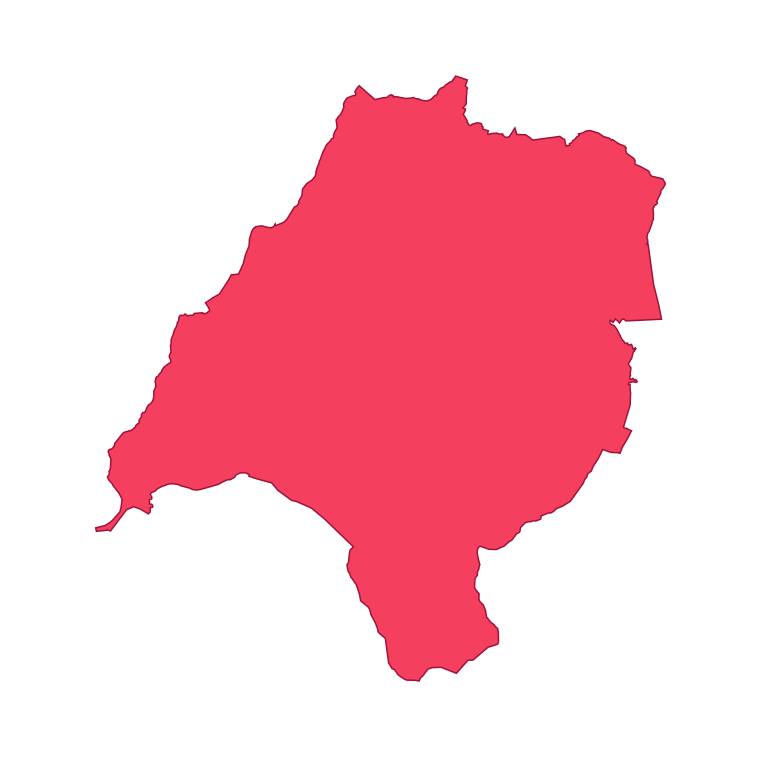 Targu Ocna, Bacau, Romania, rotated 353°
{"feature_id": "2599482B20348732028695", "entity_name": "Targu Ocna", "entity_type": "district", "adm_level": 2, "iso_a3": "ROU", "parent_name": "Romania", "parent_adm1": "Bacau", "projection": "natural_earth1", "projection_center": [26.604, 46.281], "detail": "fine", "context": "isolated", "style": "filled", "palette": "rose", "viewbox_px": 768, "rotation_deg": 353, "n_neighbors": 0, "source": "geoboundaries", "source_scale": "gbopen_adm2", "svg_char_len": 6139}
<svg xmlns="http://www.w3.org/2000/svg" viewBox="0 0 768 768"><g transform="rotate(353 384 384)"><path d="M466.2,654.2L467.2,644.7L467.0,640.4L465.2,638.6L463.7,636.0L461.3,634.0L457.7,628.3L457.3,627.0L457.2,621.3L456.3,617.8L455.5,615.3L452.7,611.7L452.0,609.3L452.8,603.8L449.6,598.7L449.1,596.5L450.7,587.9L453.3,585.3L454.0,581.6L455.6,579.2L456.3,576.5L457.1,575.2L456.1,567.1L455.9,562.2L456.5,560.2L458.0,557.5L459.3,556.9L460.8,557.2L467.9,560.8L475.2,562.0L483.6,559.5L488.9,555.8L491.8,554.6L497.4,548.8L500.0,547.9L501.0,546.7L502.0,543.1L507.0,539.1L509.8,538.4L513.8,538.5L515.8,537.8L518.0,538.5L523.1,537.2L523.9,534.1L531.5,532.0L533.7,532.4L536.8,531.1L540.2,528.6L546.6,526.9L554.8,523.0L569.5,507.0L571.7,503.1L574.1,500.9L574.3,499.6L575.9,497.4L579.1,495.8L581.5,491.4L587.6,484.1L593.1,475.7L601.0,479.6L608.1,480.8L609.8,481.6L612.7,476.0L618.4,468.7L624.0,460.5L621.7,459.4L619.9,457.8L617.3,457.1L616.5,456.0L625.8,434.7L627.7,422.8L627.6,419.6L628.1,415.1L628.2,414.6L626.7,414.5L626.5,413.8L627.1,412.8L630.4,412.2L632.3,412.2L634.0,413.2L635.6,412.7L634.7,410.6L633.8,410.2L632.7,410.6L632.0,409.0L631.5,408.7L630.1,409.6L628.5,408.8L628.9,406.8L629.8,405.5L629.5,404.2L631.1,398.1L629.1,394.3L629.1,393.2L630.8,391.8L631.5,390.3L632.7,389.2L635.4,382.5L636.0,382.4L638.4,379.5L637.8,378.7L635.8,380.2L634.5,374.9L631.2,375.2L630.7,373.0L628.1,373.0L627.2,370.8L625.7,368.9L621.8,357.9L619.3,353.8L617.1,352.9L615.7,351.2L615.7,349.2L616.6,348.3L618.7,350.9L621.6,347.7L623.7,349.9L625.1,352.2L628.0,349.0L629.7,348.6L631.9,350.9L667.4,353.5L666.3,339.3L663.7,317.6L663.2,277.7L662.2,277.6L661.8,276.9L663.1,276.0L663.2,272.3L662.7,271.0L664.1,266.6L665.8,264.7L669.0,258.4L670.4,254.7L671.4,253.7L672.3,246.9L672.3,243.8L672.8,242.1L674.5,239.6L675.9,239.2L677.4,237.8L677.0,235.8L682.0,228.2L682.3,225.8L684.7,223.8L687.4,220.2L687.7,219.1L685.6,214.3L675.1,210.4L673.5,208.3L673.4,206.4L672.6,204.9L665.2,199.5L660.6,196.9L659.8,195.6L660.4,192.7L659.5,190.6L653.4,185.1L652.7,183.9L652.4,180.8L653.2,179.2L652.2,178.2L652.1,177.3L646.3,174.2L640.5,169.2L639.6,169.7L637.7,167.6L632.2,165.2L627.5,161.1L619.7,157.6L615.6,157.5L611.1,159.2L607.6,159.3L608.1,161.1L605.6,162.1L603.6,164.1L600.7,165.7L600.3,167.1L597.3,168.1L597.3,169.7L593.7,170.0L593.0,163.1L592.0,162.8L588.8,159.7L561.2,160.0L558.6,157.0L554.9,153.9L546.2,152.5L545.2,145.8L538.5,153.8L535.1,154.2L532.5,151.8L532.4,150.5L531.8,150.1L530.2,150.4L525.8,148.5L525.1,149.0L522.8,148.4L517.6,149.0L517.6,147.2L518.5,145.4L513.3,143.2L513.6,141.1L512.7,139.9L512.4,137.6L511.9,137.2L509.4,136.3L507.6,136.2L503.2,136.9L501.1,138.1L499.9,137.2L499.3,135.4L498.6,134.9L498.5,132.6L495.6,125.9L498.3,122.0L498.3,121.1L496.1,119.6L499.8,116.0L500.5,110.1L501.8,104.5L501.6,103.1L503.0,100.5L501.0,98.0L503.8,92.4L492.7,87.1L488.3,91.9L486.0,92.4L481.4,94.9L479.5,96.6L477.1,97.0L475.1,98.2L473.0,100.7L472.3,102.7L471.4,103.4L469.1,104.3L465.0,107.5L460.6,108.3L455.6,106.8L453.1,105.2L450.2,104.7L448.1,103.2L445.3,103.5L440.2,103.2L430.9,100.2L428.7,100.4L428.2,100.1L428.4,99.0L426.5,97.8L424.2,98.3L422.2,99.9L417.6,99.8L409.7,100.6L395.7,84.9L393.1,87.2L390.7,90.5L391.4,93.1L391.0,93.8L386.2,94.5L381.9,95.8L378.8,99.5L377.9,101.5L377.9,104.4L376.2,107.6L373.8,111.1L370.5,113.8L370.1,115.0L369.0,115.5L368.7,116.1L368.7,123.5L368.3,124.5L365.7,127.8L364.1,131.3L363.8,133.6L361.7,134.4L361.0,135.6L356.9,138.9L354.9,141.1L354.7,142.0L351.7,146.1L347.8,154.0L347.2,154.3L346.3,157.0L344.0,161.1L342.3,165.1L341.9,167.6L340.7,169.7L337.3,172.9L331.9,175.5L326.9,180.6L325.4,187.2L322.1,191.6L320.7,195.2L318.9,196.9L317.3,197.0L316.3,197.8L307.8,208.5L304.9,210.9L302.8,211.7L295.7,213.6L295.5,211.9L293.6,214.4L291.4,215.1L288.7,214.7L281.8,212.1L275.9,212.2L273.3,213.8L271.4,216.3L268.1,223.8L266.9,230.5L262.4,238.6L258.9,247.5L253.0,257.2L245.8,257.0L241.5,262.9L231.6,274.6L224.7,277.5L216.7,281.7L219.1,286.6L220.0,289.9L216.2,292.2L213.3,292.2L212.7,291.2L204.4,290.8L202.5,292.5L198.9,292.1L197.5,292.7L195.7,290.5L194.6,290.4L193.6,291.5L190.1,291.0L188.8,292.4L187.6,296.7L186.2,298.0L186.1,299.3L185.0,301.6L182.6,304.8L180.6,309.6L178.1,314.0L177.6,318.1L176.7,320.0L176.6,326.0L175.6,327.5L175.3,328.6L174.6,329.1L174.3,330.4L174.2,331.6L175.1,333.5L174.9,336.7L173.0,337.3L167.6,340.5L165.0,343.5L165.1,344.2L161.5,347.5L160.9,348.6L158.7,349.5L157.1,353.6L157.4,356.3L157.0,359.2L154.5,363.3L154.2,368.6L153.5,369.4L153.1,371.3L151.1,374.1L147.1,376.6L147.0,377.4L145.9,378.2L144.1,381.8L142.6,383.0L141.2,382.9L139.9,384.3L139.4,385.0L139.4,386.9L136.6,389.8L136.3,391.3L136.7,392.0L136.1,393.1L134.1,393.7L132.4,395.2L132.2,396.2L127.9,399.1L120.5,400.2L118.6,401.2L109.5,410.2L109.1,411.8L107.7,413.8L105.6,415.4L103.8,415.4L102.4,416.4L102.0,417.4L102.7,420.6L102.5,421.6L103.6,423.9L103.9,426.2L103.3,427.0L103.4,428.4L102.0,434.8L100.4,437.4L100.4,440.3L98.5,442.0L98.1,442.9L99.4,446.2L101.8,449.4L102.9,452.2L107.6,459.9L110.0,466.5L107.9,474.7L106.2,478.8L98.6,485.6L95.4,487.9L89.9,490.5L80.3,491.6L80.6,495.2L92.7,495.4L94.6,496.6L113.2,477.4L120.6,475.3L127.4,478.8L134.3,484.2L136.4,482.5L136.9,478.3L139.1,478.2L139.7,477.1L139.4,475.9L138.6,475.0L136.6,474.4L137.2,470.2L139.3,469.9L139.8,468.4L138.6,465.0L140.3,463.3L143.4,462.6L146.6,460.3L150.4,458.8L158.4,457.0L162.9,457.4L167.5,458.7L170.3,460.5L178.1,463.5L181.0,465.4L185.7,466.5L190.5,466.1L207.5,463.4L212.8,461.2L217.5,459.9L219.6,460.3L224.1,458.5L226.5,455.9L230.4,454.8L234.9,455.1L236.3,455.6L239.4,457.7L238.7,459.1L246.1,462.6L260.4,468.4L265.9,476.8L277.9,488.1L283.2,490.2L296.7,498.2L308.2,510.3L333.8,541.9L330.2,544.6L329.3,546.9L326.9,557.0L325.1,559.1L325.6,565.6L326.9,568.3L327.5,571.6L329.1,574.0L332.2,580.3L334.1,590.2L334.4,596.3L341.0,603.3L342.4,606.2L342.9,611.2L346.3,620.0L347.7,625.8L348.0,629.2L348.9,630.8L354.3,636.6L354.6,661.4L357.4,667.6L359.5,668.6L362.6,674.4L365.4,677.0L368.8,679.8L370.7,680.7L379.2,682.0L382.7,683.1L384.1,680.5L387.1,678.3L392.8,672.4L396.9,671.4L406.1,672.1L420.6,680.0L433.7,668.4L438.6,668.9L455.1,658.0L465.1,656.1L466.2,654.2Z" fill="#f43f5e" stroke="#9f1239" stroke-width="1.5"/></g></svg>